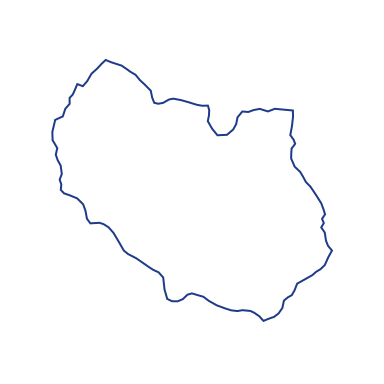 outline of Barbosa, São Paulo, Brazil, rotated 192°
{"feature_id": "56859067B46640188812314", "entity_name": "Barbosa", "entity_type": "district", "adm_level": 2, "iso_a3": "BRA", "parent_name": "Brazil", "parent_adm1": "São Paulo", "projection": "natural_earth1", "projection_center": [-49.922, -21.291], "detail": "fine", "context": "isolated", "style": "outline", "palette": "blue", "viewbox_px": 384, "rotation_deg": 192, "n_neighbors": 0, "source": "geoboundaries", "source_scale": "gbopen_adm2", "svg_char_len": 1756}
<svg xmlns="http://www.w3.org/2000/svg" viewBox="0 0 384 384"><g transform="rotate(192 192 192)"><path d="M303.9,303.2L307.2,298.4L310.4,293.0L314.9,286.8L317.6,278.5L320.8,272.8L326.6,273.7L327.8,267.5L328.9,262.5L331.3,258.6L330.0,252.8L333.2,247.1L334.1,239.1L340.8,234.1L341.1,221.7L339.1,213.7L332.9,206.9L333.0,200.2L330.0,195.2L326.0,190.6L323.1,182.6L324.0,176.6L321.4,172.2L320.8,166.8L316.9,164.1L310.6,163.3L303.0,161.9L295.9,157.3L292.2,151.3L289.2,144.0L284.9,140.2L276.2,142.6L271.9,142.2L266.4,140.2L260.2,135.6L253.1,127.9L246.5,120.5L241.6,118.0L232.8,115.6L218.0,109.4L213.8,107.8L208.0,106.5L202.4,102.4L198.6,90.9L194.0,82.3L188.9,81.0L183.3,82.1L178.7,85.3L175.1,90.6L171.0,92.8L164.7,92.3L159.1,91.9L152.9,89.0L144.2,86.3L135.2,85.0L128.9,84.4L122.8,85.0L118.0,86.9L110.1,87.8L106.0,86.8L100.4,84.5L95.3,80.8L89.8,84.5L85.8,86.9L82.1,91.2L79.5,97.3L79.5,104.9L76.3,108.9L73.0,111.8L71.3,116.9L70.1,124.2L57.1,135.6L54.0,139.7L50.1,143.4L46.9,148.2L45.1,156.6L42.9,163.8L47.7,167.6L50.8,172.2L53.7,179.9L58.2,184.2L56.6,189.0L59.2,192.8L57.2,197.8L59.8,202.4L63.2,207.8L69.7,214.5L77.2,221.8L82.6,225.4L86.7,230.2L90.3,234.1L96.8,238.1L102.0,245.4L102.9,250.2L103.6,255.3L101.1,260.6L103.6,264.4L107.7,268.1L107.9,276.9L108.8,286.6L110.3,292.7L128.3,290.6L134.5,286.6L143.0,287.4L148.9,284.9L153.5,282.0L159.5,281.2L163.0,274.5L162.9,267.6L164.7,261.7L169.7,255.2L178.9,252.8L185.5,258.1L191.3,264.6L191.3,270.2L192.2,275.7L194.4,279.8L199.9,278.5L204.8,278.3L208.9,278.6L214.1,279.1L222.0,279.6L229.8,279.4L233.7,277.7L238.9,273.1L243.4,271.3L247.5,271.4L250.6,276.1L253.4,282.5L260.8,287.4L266.2,290.6L271.6,294.9L277.3,296.8L281.3,298.6L287.1,301.0L298.0,302.1L303.9,303.2Z" fill="none" stroke="#1e3a8a" stroke-width="2"/></g></svg>